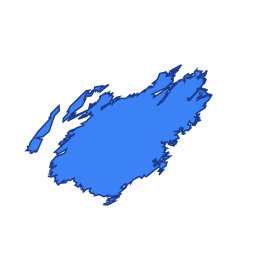 Smøla nor, Møre og Romsdal, Norway (Robinson projection), rotated 147°
{"feature_id": "86288312B9709733023788", "entity_name": "Smøla nor", "entity_type": "district", "adm_level": 2, "iso_a3": "NOR", "parent_name": "Norway", "parent_adm1": "Møre og Romsdal", "projection": "robinson", "projection_center": [8.005, 63.377], "detail": "fine", "context": "isolated", "style": "filled", "palette": "blue", "viewbox_px": 256, "rotation_deg": 147, "n_neighbors": 0, "source": "geoboundaries", "source_scale": "gbopen_adm2", "svg_char_len": 5809}
<svg xmlns="http://www.w3.org/2000/svg" viewBox="0 0 256 256"><g transform="rotate(147 128 128)"><path d="M127.6,71.7L120.8,73.7L124.0,75.3L116.7,75.7L113.9,78.1L118.3,81.1L117.1,81.4L118.6,82.8L122.0,79.3L121.3,81.5L126.9,81.3L126.7,82.6L122.8,83.2L123.8,85.5L125.7,84.3L124.2,85.5L125.3,85.5L124.8,87.1L121.8,86.8L123.3,85.8L121.9,85.3L122.3,82.6L112.9,86.0L111.9,85.2L117.0,82.4L114.0,82.1L114.9,80.8L107.6,81.3L113.1,84.5L108.7,84.6L110.6,86.0L110.2,86.2L106.3,85.5L109.7,86.2L111.4,88.3L108.6,88.8L108.9,90.2L106.2,89.5L108.2,92.4L106.6,92.6L108.7,93.1L104.3,94.5L106.4,94.5L105.7,95.3L107.9,96.9L106.9,97.4L107.8,98.8L105.6,95.7L103.4,95.6L102.3,92.9L98.8,94.9L100.6,92.0L102.6,91.9L101.3,90.2L101.3,91.6L97.0,91.8L100.1,89.6L99.3,88.0L98.1,88.5L98.6,89.5L96.6,88.5L94.2,90.0L94.3,91.2L96.7,90.2L95.7,91.4L97.2,92.8L90.6,91.7L90.6,95.0L92.3,96.5L85.8,96.6L91.8,100.2L87.6,97.8L83.8,99.7L84.4,97.2L82.8,98.5L82.0,98.1L85.8,93.6L85.0,92.6L83.3,92.5L83.9,94.4L79.6,94.4L79.2,93.0L74.4,93.9L75.8,94.3L73.7,96.1L76.2,98.3L72.6,100.1L72.9,97.9L71.3,96.4L72.2,95.2L70.5,93.8L67.9,95.0L70.4,95.3L69.3,96.3L62.5,95.0L65.2,96.9L62.5,97.6L64.0,98.9L62.2,99.2L63.6,99.4L68.8,96.4L64.0,100.2L67.1,101.1L61.8,99.9L60.7,100.8L63.6,100.9L62.3,101.8L62.9,103.0L52.2,103.0L50.5,104.4L52.8,105.5L48.7,106.4L51.4,106.9L45.3,107.4L39.8,110.0L40.5,111.2L43.3,110.3L40.8,111.5L41.6,112.2L45.7,111.9L51.6,113.7L56.2,113.3L52.1,113.8L53.6,115.4L49.9,115.7L48.8,118.5L47.1,117.6L47.1,116.0L51.1,115.1L50.1,114.7L50.9,114.0L42.3,112.6L43.5,116.2L42.4,116.7L44.1,117.1L43.9,117.6L40.3,116.7L43.7,118.7L42.5,119.0L43.9,120.0L43.0,120.2L46.7,119.9L44.2,120.8L44.5,122.2L61.5,117.7L62.6,118.7L61.5,119.7L62.2,121.3L60.4,118.7L50.1,121.2L48.3,122.5L48.8,123.7L47.3,122.4L39.2,124.1L35.7,126.4L39.3,125.0L40.0,125.3L35.5,127.7L37.6,126.6L38.6,127.3L37.2,128.1L37.7,129.5L39.9,129.9L35.0,129.5L36.0,130.1L35.1,131.5L34.1,130.3L30.3,133.2L43.3,130.9L41.7,131.8L42.7,132.7L36.4,133.4L36.2,134.7L37.9,135.1L35.2,135.4L39.4,138.7L38.5,139.7L41.6,138.9L43.0,135.7L49.6,136.0L52.3,138.7L47.7,137.1L43.1,138.2L47.2,138.6L48.2,140.3L47.3,140.7L51.9,140.7L54.3,139.7L53.7,138.7L55.3,137.1L54.0,136.7L55.6,135.6L55.2,138.0L56.5,139.3L60.3,138.9L57.5,140.1L62.2,139.7L63.5,139.1L61.3,139.0L71.5,137.0L73.9,135.1L76.5,135.8L76.3,134.5L83.7,131.4L91.5,130.9L77.5,135.1L77.5,136.3L72.2,138.0L72.5,139.2L71.3,139.3L71.5,137.9L63.8,140.1L69.2,141.9L72.3,140.0L89.5,139.6L87.9,140.7L89.1,141.0L88.0,142.5L88.9,143.2L74.7,141.0L64.4,142.9L63.4,144.7L65.9,145.4L59.4,146.6L64.0,147.5L53.6,149.3L63.0,149.8L58.7,150.2L61.4,151.4L52.7,150.3L48.8,151.9L61.5,152.9L64.6,150.8L62.4,150.2L65.0,149.2L67.2,150.2L64.8,151.3L67.0,151.3L65.4,152.5L66.9,153.9L65.0,154.1L71.8,156.4L76.5,152.8L84.1,152.0L80.1,150.9L85.4,148.8L87.8,149.9L85.1,150.4L87.9,151.3L95.6,149.0L91.8,150.9L102.7,150.1L101.3,151.7L104.2,151.5L104.0,152.7L107.1,151.3L107.8,152.3L106.7,152.2L105.2,153.2L110.6,153.0L107.5,154.8L113.5,153.9L118.4,157.1L126.1,157.2L118.0,158.8L120.7,159.8L126.8,159.5L126.2,158.2L127.6,157.5L126.7,157.2L128.6,156.3L128.2,157.6L129.9,158.0L129.2,158.7L140.2,157.9L139.2,159.7L129.4,159.0L123.2,162.7L124.0,164.0L123.0,164.1L125.0,164.8L121.1,165.7L125.2,166.0L124.8,167.1L127.0,167.2L124.5,168.3L129.2,168.8L127.0,169.7L134.6,169.7L134.8,168.3L142.2,165.7L143.2,166.5L141.3,166.8L141.3,167.1L146.9,166.8L145.4,167.8L146.7,168.9L150.7,165.2L143.6,165.6L150.9,164.8L167.6,167.3L163.9,169.1L164.9,169.7L174.9,166.7L153.9,164.8L153.6,163.4L156.8,162.5L155.5,161.5L159.9,162.5L157.0,162.8L157.7,163.4L164.9,162.6L156.4,160.3L150.4,161.7L151.1,159.5L153.6,160.2L150.8,158.0L159.7,156.2L165.7,157.0L163.8,156.4L164.0,154.4L171.1,156.1L176.2,155.3L178.2,156.2L173.1,156.2L178.4,157.3L181.3,156.7L180.8,154.7L185.1,155.4L180.5,154.0L180.0,152.1L175.7,152.6L177.6,151.6L182.2,152.0L181.5,152.5L183.9,153.4L187.7,153.5L186.1,151.8L192.4,153.0L194.6,152.1L193.1,150.9L194.1,150.0L181.0,151.1L202.8,147.7L201.0,145.9L201.9,144.3L191.0,143.8L194.8,141.3L203.9,143.2L210.9,141.3L211.8,140.7L210.3,139.5L211.8,139.4L210.1,138.4L213.5,138.8L214.6,137.8L212.7,137.8L213.9,136.5L207.8,135.5L215.4,135.4L217.6,133.6L215.3,132.3L216.2,131.3L218.9,132.1L217.8,130.7L219.4,130.0L221.6,131.1L218.8,128.7L212.5,127.4L216.4,127.0L216.1,125.5L218.5,123.1L216.0,122.5L217.7,121.4L217.6,118.3L210.4,119.0L209.6,118.4L213.7,118.1L210.3,116.1L206.4,117.1L205.4,115.6L200.5,115.3L202.3,113.1L200.8,110.0L203.6,108.7L201.8,105.5L198.6,106.6L200.0,104.3L198.4,105.0L198.5,102.7L200.5,101.7L198.7,100.2L200.8,98.5L196.3,99.4L192.2,97.7L194.9,96.0L194.6,93.5L192.2,91.4L193.1,89.5L188.3,87.8L185.7,83.5L181.7,82.6L182.7,81.5L179.5,80.8L179.2,79.4L170.9,76.4L169.7,76.8L170.7,78.5L163.1,79.0L160.0,80.4L165.3,79.7L165.1,81.1L167.3,81.7L160.8,82.7L161.2,81.0L155.4,81.1L155.9,80.1L152.2,81.8L144.7,81.1L143.9,78.3L139.8,79.8L140.0,77.9L138.7,77.2L122.9,78.8L123.1,76.2L126.2,75.3L124.0,74.0L127.6,71.7ZM219.0,158.6L217.4,157.9L206.0,165.2L210.9,170.0L204.1,167.1L196.0,168.2L183.1,178.3L176.3,179.9L173.7,184.3L184.8,182.0L186.8,179.7L189.0,179.9L187.1,179.6L188.4,179.2L187.7,178.4L205.4,173.9L218.2,168.9L220.7,166.4L222.2,167.3L223.2,165.0L225.7,164.5L221.8,161.9L223.5,160.5L222.5,159.2L219.2,160.0L218.3,159.2L219.0,158.6ZM179.0,168.5L167.8,169.5L168.1,170.6L154.8,171.4L148.1,175.1L147.3,176.0L150.2,175.4L143.8,179.6L139.7,180.6L142.9,182.0L164.9,177.5L170.0,174.7L168.7,174.1L170.0,172.9L176.8,171.4L179.0,168.5ZM131.5,173.5L120.4,174.8L128.9,176.4L126.5,177.3L133.6,180.4L135.8,178.2L137.5,178.9L140.7,177.4L141.8,178.6L145.1,176.8L141.3,175.0L135.0,178.5L135.5,176.4L133.3,176.8L133.5,174.8L130.3,174.7L131.5,173.5ZM186.9,74.6L178.4,73.7L180.4,75.5L172.1,75.2L183.1,79.5L185.2,78.4L182.4,77.5L183.3,76.1L190.5,77.3L186.9,74.6Z" fill="#3b82f6" stroke="#1e3a8a" stroke-width="1.5"/></g></svg>